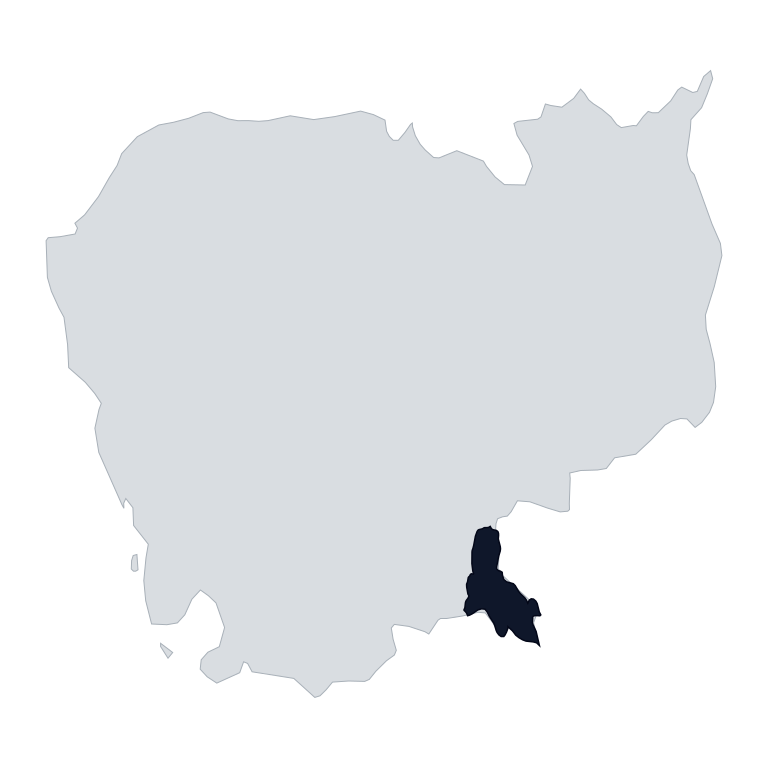 Svay Rieng on a map of Cambodia (Robinson projection)
{"feature_id": "KHM-1801", "entity_name": "Svay Rieng", "entity_type": "Province", "adm_level": 1, "iso_a3": "KHM", "parent_name": "Cambodia", "parent_adm1": "", "projection": "robinson", "projection_center": [105.82, 11.175], "detail": "fine", "context": "in_parent", "style": "filled", "palette": "ink", "viewbox_px": 768, "rotation_deg": 0, "n_neighbors": 0, "source": "natural_earth", "source_scale": "10m", "svg_char_len": 4400}
<svg xmlns="http://www.w3.org/2000/svg" viewBox="0 0 768 768"><path d="M710.6,70.6L712.7,78.7L707.3,93.9L701.6,107.7L690.9,119.7L690.4,128.6L686.7,155.1L688.2,163.5L690.7,170.7L694.2,174.6L703.5,200.4L712.0,224.0L720.4,243.4L721.9,255.6L714.3,286.6L705.4,315.1L706.2,329.3L710.0,343.5L714.2,362.4L715.7,386.7L713.5,402.4L709.5,412.3L701.8,422.3L695.1,427.4L686.9,418.9L680.5,418.5L671.8,421.1L665.0,425.0L651.2,439.8L635.8,454.2L614.6,457.8L606.3,468.5L597.5,470.0L580.7,470.5L569.7,473.0L570.2,478.4L569.3,503.7L569.5,509.6L567.8,511.2L560.2,511.9L547.3,508.0L529.9,501.8L517.4,500.8L511.1,511.8L507.3,516.1L502.6,516.8L497.6,518.7L496.0,523.7L495.6,529.8L498.0,540.3L498.9,557.1L498.2,568.5L502.8,575.7L529.4,600.0L537.3,606.0L538.2,609.6L533.6,622.8L537.7,641.4L529.4,641.0L515.4,633.1L508.8,628.2L500.7,632.1L497.9,631.4L492.4,622.2L485.3,612.9L477.9,612.3L462.4,616.0L446.5,618.5L440.5,618.5L438.0,620.2L428.8,634.0L424.9,631.7L408.9,626.4L394.3,624.4L391.3,628.0L393.1,639.3L396.3,650.3L394.4,655.0L386.4,660.8L375.8,671.3L369.3,679.4L364.7,681.4L348.6,681.0L332.5,682.1L326.1,689.8L320.0,695.8L314.8,697.4L293.8,678.4L252.1,671.8L247.6,663.4L243.6,661.8L239.7,672.7L216.8,683.1L207.2,676.8L200.2,669.2L201.2,659.8L207.9,652.2L219.3,646.7L224.6,627.5L216.0,602.9L208.4,595.7L200.4,590.0L191.9,599.2L184.8,614.8L177.4,622.9L166.9,624.7L151.6,624.0L145.7,600.7L143.8,580.6L146.0,557.8L148.3,544.2L133.6,525.5L132.9,507.7L125.8,498.5L123.7,503.2L123.9,508.3L121.9,504.6L98.8,452.4L94.9,428.2L99.0,409.5L101.3,403.3L94.7,393.4L85.3,382.3L68.7,367.7L67.6,344.6L64.0,317.3L59.0,308.1L51.4,291.3L47.4,277.4L46.1,240.7L48.2,237.7L60.0,236.7L75.1,234.0L77.5,228.1L74.9,223.2L84.6,214.9L98.5,196.6L109.3,177.6L117.1,165.5L121.7,153.6L137.3,136.7L158.8,125.0L173.4,122.3L188.6,118.3L203.2,112.6L210.1,112.1L228.2,118.9L237.9,120.7L248.2,120.6L258.8,121.3L268.1,120.6L290.2,115.8L313.7,119.6L334.7,116.6L360.6,111.1L373.4,114.6L385.0,120.1L386.6,131.3L389.3,136.4L393.2,140.3L398.3,140.3L404.9,132.5L410.5,124.5L412.3,123.0L412.6,127.0L415.3,135.7L420.2,144.3L425.2,150.0L433.6,157.5L439.0,157.9L456.8,150.7L483.4,161.1L486.5,166.4L495.1,177.0L504.4,184.6L525.2,185.0L532.5,166.4L529.0,155.0L517.1,135.2L513.9,123.5L517.7,121.4L537.7,119.2L541.0,116.9L545.4,104.0L550.8,105.5L561.9,107.2L573.7,98.4L580.6,89.1L584.4,93.3L588.6,99.8L593.1,103.6L601.6,109.1L610.9,116.9L616.7,124.6L621.3,127.6L633.3,125.5L636.4,125.8L643.3,116.5L648.2,111.4L652.3,112.8L658.3,112.7L670.7,100.9L677.8,90.0L681.7,87.1L692.8,92.5L697.3,91.4L703.7,76.5L710.6,70.6ZM138.0,569.8L135.7,571.2L133.5,571.2L131.3,569.0L131.6,560.6L133.2,555.5L136.9,554.5L138.0,569.8ZM172.7,652.5L168.0,658.2L160.6,646.5L160.6,643.3L172.7,652.5Z" fill="#d9dde1" stroke="#a8b0b8" stroke-width="1"/><path d="M490.2,526.4L491.5,528.8L493.0,529.7L496.4,530.4L497.9,531.6L498.5,533.3L498.6,535.2L498.3,539.0L500.3,546.7L500.5,548.9L500.2,551.1L498.7,556.1L496.6,567.1L496.7,569.1L498.4,570.6L500.5,571.2L502.2,572.3L502.5,575.5L503.8,579.5L506.5,581.8L513.3,583.7L515.2,585.6L518.4,591.1L520.3,593.5L524.8,597.8L526.5,600.2L527.8,603.2L529.3,600.1L531.2,598.8L533.5,599.1L535.8,601.1L537.2,603.6L539.3,612.0L540.8,614.9L539.9,615.8L538.5,615.7L535.8,615.6L533.5,615.9L533.1,616.4L532.4,617.9L532.7,618.3L532.5,622.0L532.3,622.4L533.0,624.7L536.1,631.4L539.4,645.5L536.6,642.8L533.2,641.9L526.0,641.1L522.6,639.8L519.0,637.7L515.7,635.1L513.4,632.0L512.2,630.5L507.9,626.6L507.7,628.9L506.5,632.1L505.0,635.0L503.8,636.5L501.1,636.5L498.9,634.9L497.1,632.5L496.2,630.5L494.7,625.4L493.8,623.2L489.4,616.4L487.2,612.0L485.0,609.2L481.6,608.8L477.9,609.9L474.9,612.0L472.4,613.7L469.5,615.2L467.6,615.7L466.6,613.2L465.4,611.6L464.3,610.6L464.0,610.2L464.0,609.7L464.5,608.6L464.9,607.6L465.4,602.8L465.7,601.7L466.1,600.8L466.3,600.4L467.7,598.6L468.0,598.1L468.3,597.5L468.8,596.4L468.8,595.7L468.7,595.2L468.4,594.9L468.1,594.5L467.8,593.4L466.7,587.3L466.6,585.4L466.6,584.1L467.2,582.7L467.6,581.5L468.2,577.8L468.4,577.3L468.7,576.9L469.7,576.0L470.2,574.8L470.5,574.4L471.3,573.8L473.4,574.1L473.6,573.5L473.2,572.5L473.1,572.0L472.8,571.0L471.9,563.6L472.0,551.9L472.1,551.1L472.2,550.4L472.9,548.5L473.7,545.4L475.4,536.2L477.1,531.5L477.7,530.6L478.2,530.0L479.0,529.6L482.4,528.8L483.8,527.9L484.3,527.7L484.8,527.6L487.0,527.6L488.0,527.5L488.5,527.4L488.9,527.2L489.3,527.0L490.2,526.4Z" fill="#0f172a" stroke="#020617" stroke-width="1.5"/></svg>